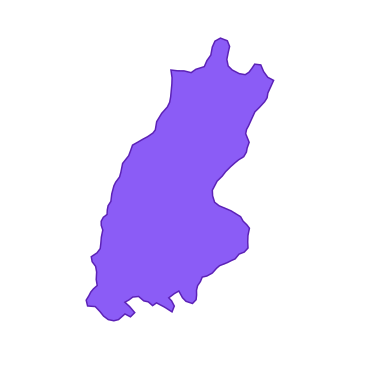 the district of Rianápolis, Goiás, Brazil, rotated 296°
{"feature_id": "56859067B46542893543855", "entity_name": "Rianápolis", "entity_type": "district", "adm_level": 2, "iso_a3": "BRA", "parent_name": "Brazil", "parent_adm1": "Goiás", "projection": "albers", "projection_center": [-49.442, -15.481], "detail": "fine", "context": "isolated", "style": "filled", "palette": "violet", "viewbox_px": 384, "rotation_deg": 296, "n_neighbors": 0, "source": "geoboundaries", "source_scale": "gbopen_adm2", "svg_char_len": 1882}
<svg xmlns="http://www.w3.org/2000/svg" viewBox="0 0 384 384"><g transform="rotate(296 192 192)"><path d="M336.4,198.1L334.4,192.3L329.2,191.6L324.6,190.7L320.8,188.4L319.1,182.6L319.3,174.6L321.1,169.3L326.4,165.2L334.0,163.2L339.3,162.0L343.4,157.5L342.8,150.1L337.7,146.5L331.2,146.7L323.3,148.9L316.7,147.8L310.1,148.1L304.0,141.7L298.9,138.9L297.4,131.9L294.6,125.9L292.4,119.6L285.9,124.0L280.4,126.5L268.2,131.1L262.9,132.6L257.6,132.6L249.5,130.3L239.8,129.4L231.7,131.8L227.8,131.0L222.2,127.8L217.8,124.6L211.7,120.5L208.1,118.0L202.0,118.7L196.8,119.2L187.3,117.1L178.6,119.4L173.8,120.3L167.4,119.1L163.3,119.1L155.2,120.7L148.0,123.2L142.9,122.6L138.8,123.7L134.6,125.5L130.4,123.4L125.9,123.2L122.3,125.0L118.7,128.5L111.7,130.3L105.8,132.6L100.9,134.3L95.6,133.3L89.7,129.8L85.6,132.8L82.9,138.0L78.2,141.4L71.3,144.3L66.4,147.8L61.8,145.9L57.9,144.9L53.6,144.8L48.4,144.3L43.8,148.1L46.6,155.3L44.2,161.7L41.7,166.9L40.6,172.7L42.0,178.2L45.1,181.9L53.0,185.2L52.8,191.4L58.5,193.4L61.7,186.1L63.5,180.0L67.4,182.7L71.6,184.8L74.7,189.8L73.0,196.4L74.1,200.9L72.6,206.4L76.8,208.7L76.5,217.5L75.5,226.6L81.7,226.1L85.2,221.4L86.7,217.5L93.0,220.7L97.2,223.6L92.8,229.8L91.1,234.5L92.0,241.3L97.0,242.9L101.4,241.3L105.7,239.1L110.3,238.1L115.2,238.8L120.0,238.5L123.0,242.2L128.1,245.8L134.2,247.5L137.9,249.1L144.0,254.7L147.6,257.4L150.8,260.1L156.8,261.5L160.9,265.3L166.2,266.9L171.5,264.0L177.3,261.4L184.6,259.5L186.5,255.8L188.2,250.7L191.1,246.5L192.2,235.4L191.5,222.4L192.7,216.8L197.6,212.2L202.5,209.5L212.8,209.8L219.5,212.2L225.0,213.3L231.7,215.6L236.8,217.7L241.4,219.8L246.4,223.0L251.7,223.4L255.6,222.3L261.7,221.6L267.9,214.7L272.2,213.6L276.2,213.8L283.2,213.6L291.6,213.4L297.6,215.5L305.0,217.7L309.6,218.2L314.2,216.8L321.9,216.6L328.1,216.4L328.3,209.8L331.6,203.6L336.4,198.1Z" fill="#8b5cf6" stroke="#5b21b6" stroke-width="1.5"/></g></svg>